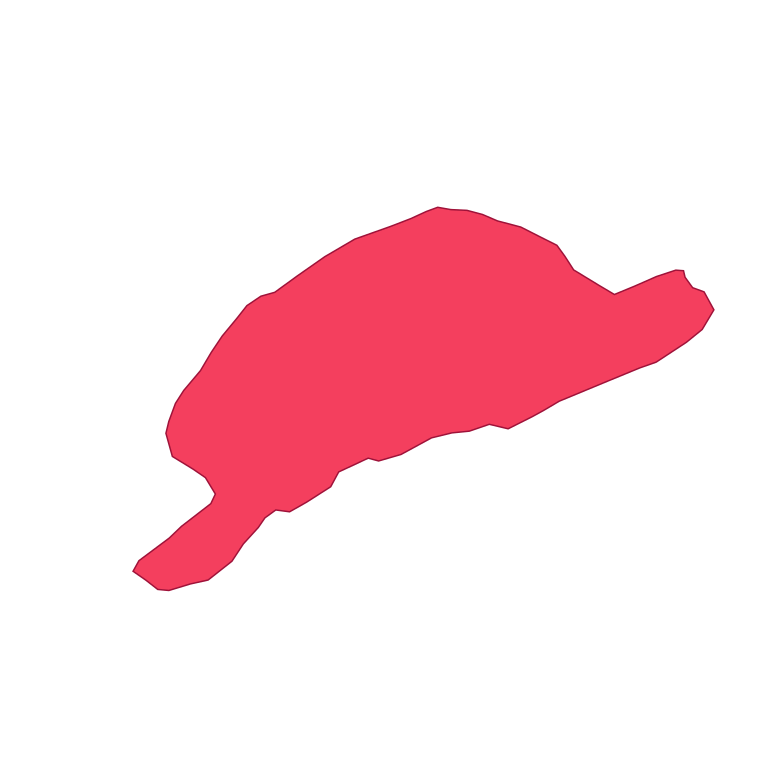 Lidingö, Stockholm, Sweden, rotated 144°
{"feature_id": "70781695B7495287433606", "entity_name": "Lidingö", "entity_type": "district", "adm_level": 2, "iso_a3": "SWE", "parent_name": "Sweden", "parent_adm1": "Stockholm", "projection": "robinson", "projection_center": [18.171, 59.365], "detail": "fine", "context": "isolated", "style": "filled", "palette": "rose", "viewbox_px": 768, "rotation_deg": 144, "n_neighbors": 0, "source": "geoboundaries", "source_scale": "gbopen_adm2", "svg_char_len": 1100}
<svg xmlns="http://www.w3.org/2000/svg" viewBox="0 0 768 768"><g transform="rotate(144 384 384)"><path d="M252.4,267.1L201.1,254.8L167.7,246.7L150.9,241.7L114.7,240.0L94.5,241.1L73.5,250.1L70.9,270.4L77.7,280.5L77.7,293.4L75.1,299.6L81.0,304.6L100.4,310.8L123.9,315.9L145.0,321.0L152.5,338.4L163.5,364.8L162.6,381.1L162.6,394.6L171.9,412.6L181.1,430.6L196.3,449.2L204.7,463.3L214.8,475.7L227.4,485.8L236.7,495.4L248.4,498.7L265.3,502.1L286.3,507.7L301.5,512.2L322.5,518.4L357.0,521.8L390.7,522.4L418.5,522.4L432.0,527.4L448.8,528.0L464.8,523.5L486.7,517.9L505.2,511.1L524.6,502.7L549.8,496.5L564.1,490.9L580.1,480.2L589.4,472.3L597.8,449.8L588.5,427.3L583.5,413.2L585.1,394.1L594.4,389.0L631.4,387.9L648.3,385.6L686.1,385.1L697.1,380.0L692.0,365.4L687.8,350.8L679.4,343.4L658.3,336.1L641.5,328.8L611.2,330.0L591.8,337.3L570.0,341.8L559.0,345.7L545.6,345.7L535.5,336.1L516.1,333.9L487.5,332.2L472.3,339.5L440.4,333.3L433.6,324.9L411.7,317.0L377.2,312.5L357.9,304.6L342.7,295.7L322.5,289.5L309.9,274.8L283.0,270.4L269.5,268.7L252.4,267.1Z" fill="#f43f5e" stroke="#9f1239" stroke-width="1.5"/></g></svg>